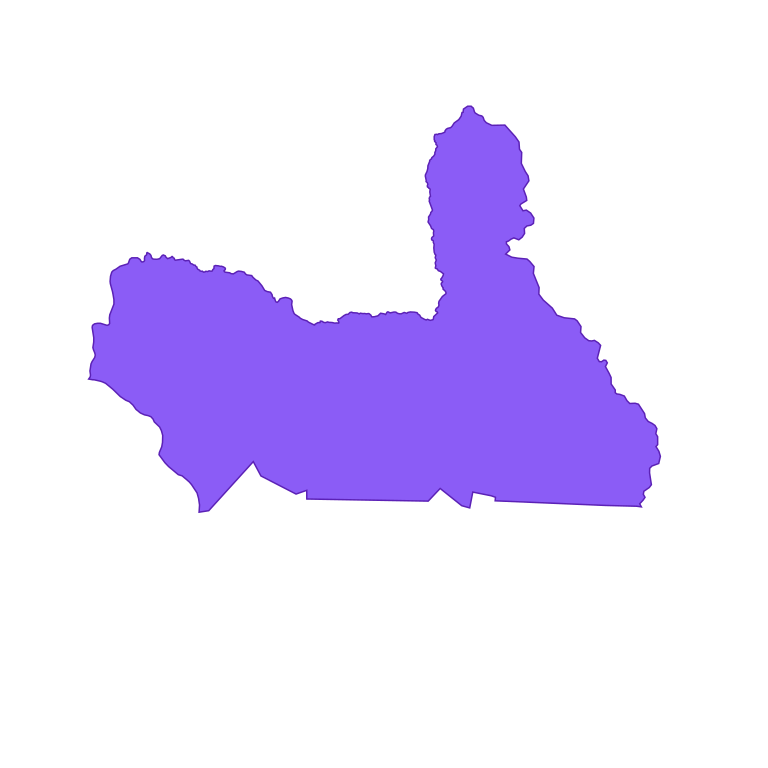 the district of Municipality G, Montevideo, Uruguay, rotated 327°
{"feature_id": "84410073B78060489397838", "entity_name": "Municipality G", "entity_type": "district", "adm_level": 2, "iso_a3": "URY", "parent_name": "Uruguay", "parent_adm1": "Montevideo", "projection": "mercator", "projection_center": [-56.252, -34.779], "detail": "fine", "context": "isolated", "style": "filled", "palette": "violet", "viewbox_px": 768, "rotation_deg": 327, "n_neighbors": 0, "source": "geoboundaries", "source_scale": "gbopen_adm2", "svg_char_len": 6159}
<svg xmlns="http://www.w3.org/2000/svg" viewBox="0 0 768 768"><g transform="rotate(327 384 384)"><path d="M139.0,219.0L142.0,221.8L143.1,222.5L147.5,227.0L148.9,228.7L150.9,231.8L153.7,240.7L156.0,250.9L158.6,257.0L160.8,260.2L162.0,265.0L162.2,270.3L163.9,275.6L166.3,279.4L169.0,282.1L170.7,284.5L171.2,287.8L170.7,290.6L172.4,297.9L171.9,301.9L170.4,306.6L166.4,312.4L163.4,315.6L158.4,319.0L156.8,320.8L157.4,330.7L158.4,336.0L162.1,348.0L164.7,351.1L167.3,359.9L167.8,363.6L167.9,373.5L166.2,378.9L163.4,385.0L159.1,390.8L168.0,394.8L232.1,377.9L230.7,394.1L250.3,428.4L261.3,431.1L256.6,438.4L357.3,506.3L374.2,502.2L382.9,528.4L388.4,534.6L399.6,523.0L413.0,536.1L415.8,539.7L413.6,542.5L503.8,606.6L529.3,624.1L532.9,627.2L533.2,623.7L538.1,622.5L541.2,621.2L541.4,617.8L543.5,615.5L550.1,615.3L553.4,614.1L558.3,603.2L560.9,599.4L564.1,598.7L571.1,600.3L576.4,595.2L577.9,590.1L578.0,584.6L580.5,583.9L584.8,577.2L584.9,573.7L588.5,570.1L588.7,566.4L587.4,563.1L585.2,559.4L584.7,554.7L586.4,550.7L586.4,539.5L584.1,536.9L579.5,534.2L578.7,530.3L579.0,525.0L576.2,521.2L573.8,519.1L573.2,517.2L574.7,515.0L574.5,507.7L578.0,502.2L578.6,497.7L579.2,490.0L582.8,487.9L582.9,485.0L581.4,483.7L578.6,483.8L576.8,482.5L576.9,478.6L586.7,469.6L586.1,466.1L584.2,462.0L581.7,461.1L579.3,459.2L577.5,454.6L576.9,447.9L580.5,443.1L580.4,436.2L579.3,433.2L571.2,426.6L566.4,420.4L566.5,412.0L563.3,400.4L562.8,393.0L566.6,387.6L569.5,372.6L573.8,367.2L573.0,360.7L572.0,357.1L564.8,351.4L560.2,347.2L556.8,341.3L562.6,340.1L563.6,336.9L563.0,333.2L564.1,331.4L566.3,331.9L569.3,331.7L572.5,332.2L575.6,336.5L579.9,336.1L583.9,334.3L586.4,329.9L590.0,329.3L593.6,330.8L596.8,330.7L600.1,326.5L600.1,320.5L598.1,315.7L594.9,314.4L595.0,308.4L596.9,307.6L603.7,307.8L605.2,304.7L607.1,296.4L616.2,292.5L618.2,287.9L618.2,282.8L619.3,273.8L625.6,264.8L625.5,260.9L629.0,254.6L628.8,248.2L626.4,232.7L615.3,225.8L612.1,220.6L611.6,217.5L612.4,214.3L612.0,212.4L609.9,210.2L608.1,206.4L608.1,205.0L609.2,201.3L608.6,199.6L608.6,198.8L607.8,198.1L605.5,196.6L600.4,196.7L598.3,199.2L597.3,198.8L594.6,201.4L590.7,203.0L585.1,203.3L581.3,205.0L579.5,205.3L576.7,204.3L575.1,204.2L573.3,204.8L572.1,205.9L568.7,205.3L566.2,204.0L564.8,204.0L564.3,203.3L562.6,202.5L560.8,203.9L559.1,206.6L559.2,207.5L558.6,208.1L559.0,210.2L558.1,211.2L558.1,211.8L558.5,212.5L558.0,214.2L555.6,214.9L554.4,216.5L552.7,217.6L551.8,219.0L549.8,219.9L547.4,220.2L546.5,221.0L544.8,221.1L544.0,221.5L543.5,222.2L539.7,224.9L538.1,227.1L535.8,229.2L532.7,231.1L531.9,232.1L530.3,236.2L529.5,237.2L530.0,238.7L529.5,240.4L528.5,241.1L527.8,242.2L527.9,242.8L528.3,243.2L528.2,244.1L528.7,245.2L528.7,245.9L527.0,247.9L525.2,251.9L524.0,252.1L522.9,253.1L522.4,254.5L521.5,255.2L519.4,264.5L518.3,265.2L516.7,265.6L515.5,266.8L512.3,268.2L511.1,270.3L509.2,272.1L509.2,276.7L508.6,279.5L509.5,281.4L509.0,282.9L507.8,284.1L506.3,286.9L504.0,287.2L503.0,288.0L502.5,289.1L503.3,290.4L503.3,290.9L502.5,292.0L502.1,294.2L499.9,297.0L497.9,300.8L497.4,303.1L497.7,303.9L497.6,304.2L495.7,306.0L495.4,308.5L492.9,310.3L491.9,313.0L490.2,314.6L490.3,315.2L491.2,316.3L491.3,318.6L492.6,320.3L493.9,324.0L492.8,325.1L490.5,326.4L488.9,326.9L488.4,327.6L489.1,329.8L488.5,330.4L487.0,330.7L486.4,331.3L485.9,333.3L485.9,335.6L485.2,336.5L486.0,339.8L485.7,341.3L485.1,342.0L480.6,342.4L475.2,344.6L473.8,346.0L473.1,347.7L472.2,348.5L470.8,349.1L469.4,349.0L468.0,349.6L467.2,350.4L467.2,351.5L467.9,352.6L467.7,353.6L462.5,354.5L460.6,356.5L460.0,356.7L457.4,355.8L455.7,353.4L454.3,353.3L453.3,352.0L451.3,348.3L451.4,345.6L450.6,343.9L450.6,342.2L448.6,340.3L445.3,337.9L443.0,337.0L441.6,337.1L439.9,335.0L436.7,334.5L435.4,333.7L433.9,332.2L433.1,330.2L431.6,329.1L427.9,327.7L426.6,325.6L425.5,325.5L423.2,326.6L422.3,325.2L419.7,322.8L416.0,323.5L412.5,322.3L410.6,321.2L410.3,320.9L410.5,319.1L409.8,316.9L409.3,316.4L407.3,315.5L406.3,314.4L404.7,313.5L402.7,311.7L401.4,311.7L400.2,309.8L396.6,307.2L396.1,306.2L394.5,305.5L391.9,306.0L390.1,305.0L387.8,304.8L382.6,305.2L381.2,304.4L380.0,305.2L380.1,306.5L379.7,307.7L379.3,308.2L378.8,308.1L377.9,307.2L375.8,306.1L373.9,304.1L371.5,302.4L370.5,301.2L368.2,300.6L366.8,299.3L366.5,298.1L365.3,296.8L364.8,296.6L363.8,297.6L361.9,296.5L358.6,296.3L358.0,296.7L357.5,296.3L354.3,290.9L353.9,289.3L350.9,285.6L349.6,283.2L349.4,282.0L347.2,277.0L347.0,275.9L347.6,272.8L349.8,267.1L352.1,264.4L352.2,263.0L351.9,261.7L350.6,259.8L348.6,257.8L346.0,256.7L343.2,256.0L340.6,257.1L339.0,257.4L338.2,256.5L338.2,255.1L339.0,252.4L338.4,252.5L338.0,251.8L338.1,249.8L338.8,248.1L338.8,245.2L336.4,242.9L334.9,240.5L335.1,235.1L334.4,228.9L333.2,227.0L332.2,223.2L332.1,221.0L328.5,217.9L327.8,216.4L327.7,214.1L325.6,211.8L323.5,210.1L322.1,209.7L317.6,209.6L315.8,208.1L315.2,206.7L311.8,203.8L311.3,202.8L311.5,201.9L312.8,201.7L313.7,201.1L313.9,200.0L313.0,198.2L311.7,196.6L310.7,196.1L309.7,194.9L307.1,192.8L305.7,192.6L304.2,194.6L302.7,194.8L301.6,195.6L300.5,195.3L298.9,193.8L297.4,193.7L295.9,192.4L294.9,192.5L293.5,191.8L293.1,190.4L292.3,190.1L291.3,189.0L291.4,188.2L290.3,186.3L290.4,184.8L290.8,184.1L290.3,183.1L290.3,181.5L289.2,180.6L288.6,179.0L287.4,177.6L287.8,175.1L287.5,173.9L284.5,172.5L283.7,171.3L283.7,170.3L283.1,169.6L276.4,166.5L276.1,165.5L276.6,164.4L276.0,163.4L276.0,162.0L275.7,161.6L274.1,161.8L270.8,161.0L270.2,158.8L270.4,157.4L269.2,155.6L268.0,155.4L264.1,156.7L261.6,155.8L258.9,153.9L258.0,152.8L258.0,151.0L258.6,149.2L258.4,147.3L257.0,144.8L256.4,144.9L255.4,146.3L253.0,146.6L251.5,148.2L250.4,150.1L249.1,150.5L247.5,149.9L247.1,148.8L247.2,146.6L246.0,143.9L241.2,140.8L238.7,140.9L235.6,143.3L234.5,143.7L226.8,141.5L221.7,141.7L218.7,141.4L216.6,141.9L213.3,144.7L210.2,148.7L209.1,150.9L206.6,158.7L205.5,161.4L203.4,166.2L201.0,169.9L191.7,176.6L189.6,179.1L186.9,183.8L185.4,184.4L183.7,184.0L179.3,178.7L176.9,177.1L174.0,175.9L172.0,176.0L171.1,176.4L170.0,177.7L165.8,187.1L163.4,190.7L159.7,194.9L159.0,197.0L158.4,200.2L157.6,202.5L155.8,204.2L151.2,206.3L149.2,207.6L144.5,212.9L142.7,216.7L141.5,218.0L139.0,219.0Z" fill="#8b5cf6" stroke="#5b21b6" stroke-width="1.5"/></g></svg>